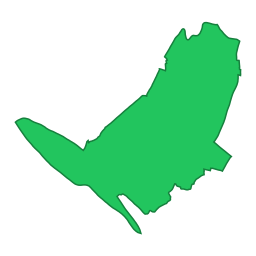 Tra On, Vĩnh Long, Vietnam
{"feature_id": "81297802B90328181900706", "entity_name": "Tra On", "entity_type": "district", "adm_level": 2, "iso_a3": "VNM", "parent_name": "Vietnam", "parent_adm1": "Vĩnh Long", "projection": "natural_earth1", "projection_center": [106.002, 9.988], "detail": "fine", "context": "isolated", "style": "filled", "palette": "green", "viewbox_px": 256, "rotation_deg": 0, "n_neighbors": 0, "source": "geoboundaries", "source_scale": "gbopen_adm2", "svg_char_len": 5786}
<svg xmlns="http://www.w3.org/2000/svg" viewBox="0 0 256 256"><path d="M15.4,122.2L19.3,128.3L21.2,131.1L25.4,137.1L26.9,139.1L31.7,144.5L32.9,146.1L35.0,148.3L39.6,152.6L40.4,153.6L42.5,156.2L46.6,160.7L48.8,162.8L50.7,164.9L54.5,168.0L60.3,172.3L67.0,177.9L69.4,179.6L72.6,182.2L74.6,183.7L76.0,184.4L77.9,185.0L79.2,185.2L80.7,185.2L83.7,184.9L85.2,184.9L87.0,185.2L89.0,186.0L90.9,187.8L92.3,189.4L96.8,194.0L97.1,194.5L98.4,195.8L100.7,197.8L102.5,199.2L105.6,202.0L106.6,202.7L109.2,205.0L112.8,207.8L116.6,210.1L117.4,210.7L118.9,211.6L120.7,213.0L122.2,214.2L123.3,215.3L124.6,216.5L126.0,218.2L126.6,218.8L127.7,220.3L129.0,222.5L130.3,224.4L132.8,227.9L133.9,229.3L136.0,231.2L137.9,232.5L140.9,233.4L139.8,229.7L138.1,226.3L135.8,222.7L135.0,221.7L133.1,219.0L130.4,215.6L125.2,208.9L123.1,205.7L120.7,202.0L118.3,198.5L117.0,196.4L118.2,195.4L118.7,194.8L119.0,194.6L119.4,194.6L120.0,194.6L120.6,194.7L121.2,194.8L121.5,194.7L122.2,194.1L122.3,194.1L122.5,194.0L123.4,194.2L124.7,195.0L126.4,196.0L127.2,196.8L127.6,197.3L129.0,198.6L132.5,201.7L133.3,202.6L134.6,204.0L136.0,205.1L137.1,206.1L138.3,207.0L140.3,209.0L142.9,212.1L144.7,213.9L145.6,214.1L146.5,213.9L147.3,213.9L147.7,213.7L148.2,213.3L148.8,212.4L149.4,211.1L149.6,210.7L149.8,210.6L150.6,210.6L151.5,211.3L152.5,211.8L153.1,211.9L154.2,211.9L154.7,211.9L155.1,211.4L156.6,209.6L159.0,207.2L160.5,206.3L165.1,203.9L166.2,203.6L166.7,203.2L167.7,201.8L168.1,201.4L168.8,201.0L169.7,200.6L170.1,200.2L170.4,199.8L170.5,199.0L170.3,198.3L170.6,197.2L170.6,196.9L170.5,196.4L169.9,195.8L169.3,194.5L168.9,193.8L168.6,193.2L168.6,192.7L168.9,192.2L170.1,191.4L171.5,190.2L172.3,189.2L172.9,188.1L174.2,185.0L174.6,184.3L174.7,183.9L175.4,183.9L175.6,183.9L175.8,184.1L176.3,185.2L176.7,185.7L177.2,186.1L177.7,186.3L178.6,186.5L179.0,186.6L179.3,186.8L180.2,187.0L180.5,187.1L180.6,187.4L180.7,188.0L180.8,188.6L181.1,188.9L181.3,189.0L183.3,189.0L184.0,189.1L186.1,189.7L186.9,189.8L188.0,189.8L188.7,189.4L189.1,189.3L189.6,189.3L190.2,189.2L190.5,189.0L190.7,188.8L190.9,188.2L191.2,186.7L191.6,185.4L191.8,184.7L192.1,184.4L192.4,184.2L192.8,184.1L193.7,184.1L193.9,183.9L194.0,183.8L194.1,182.4L194.3,182.1L195.3,180.6L195.9,179.6L196.5,179.1L198.0,178.2L199.8,176.9L201.4,175.7L202.3,175.3L203.6,174.8L204.1,174.7L203.9,171.6L204.2,171.2L203.9,169.2L210.3,170.6L210.7,168.8L210.7,168.3L212.6,168.3L212.9,168.4L218.5,170.0L220.2,170.3L221.0,170.5L222.0,170.9L222.4,171.1L225.0,166.4L225.9,164.7L226.3,163.9L229.2,159.2L231.1,156.3L232.0,157.0L229.0,154.6L225.1,151.4L219.6,147.0L216.0,143.8L213.8,142.0L214.5,141.2L215.9,139.1L217.6,136.4L218.2,135.2L218.8,133.8L219.2,132.7L222.3,125.6L223.8,122.1L224.4,120.3L225.0,118.6L226.9,111.6L227.5,109.7L229.2,105.4L229.5,104.5L230.4,101.1L231.0,99.1L231.4,97.7L232.5,94.3L233.5,91.9L234.0,90.9L235.3,88.4L235.8,87.4L236.9,84.9L237.6,82.5L237.9,81.1L237.9,80.4L238.1,78.5L238.1,76.8L238.1,74.8L239.7,75.2L240.5,75.5L240.6,74.3L240.5,72.2L240.6,69.8L240.6,69.6L240.3,69.5L239.6,69.4L239.4,67.6L239.6,67.5L239.6,67.3L239.6,66.5L239.4,64.3L239.1,60.5L239.0,60.4L237.4,60.4L237.1,60.4L236.8,60.2L236.7,60.0L236.6,59.8L236.6,57.2L236.4,54.9L236.5,52.8L236.6,52.5L236.9,51.3L237.7,47.9L238.3,45.6L239.1,43.2L239.7,41.2L237.3,39.6L236.5,39.3L235.1,39.1L232.9,38.8L231.0,38.5L229.3,38.2L228.9,38.1L228.0,37.6L226.1,36.0L224.5,34.4L223.8,33.7L221.9,31.3L220.4,29.8L219.6,28.7L218.2,26.0L217.7,25.2L217.1,24.5L216.5,24.7L215.7,24.7L214.4,24.5L212.4,24.1L209.4,23.2L206.7,22.6L205.3,22.6L204.7,22.7L204.1,23.0L203.6,23.3L203.1,24.0L202.9,24.2L202.6,24.9L202.3,27.1L202.1,28.2L201.3,30.5L200.3,32.6L199.8,33.6L199.1,34.3L198.5,34.9L197.7,35.5L196.7,35.7L196.1,35.7L195.1,35.7L193.5,35.4L193.0,35.5L192.6,35.6L191.7,36.2L190.7,37.3L189.9,38.4L189.3,39.1L188.8,39.5L188.2,39.8L187.7,39.8L187.2,39.6L186.9,39.3L186.4,38.7L185.9,37.3L185.3,34.7L185.0,31.1L184.5,29.7L184.2,29.3L183.8,29.0L183.5,28.9L183.0,28.9L182.7,29.0L181.9,29.6L181.6,30.0L181.0,31.1L179.9,32.6L179.5,33.4L178.6,34.7L176.1,37.2L175.6,37.8L175.0,38.6L174.3,40.0L173.3,41.8L171.9,44.2L170.4,46.7L169.6,48.3L167.6,51.7L165.4,55.3L164.6,56.8L164.9,57.1L166.2,58.2L166.8,58.9L167.0,59.5L167.2,60.1L166.8,60.1L166.5,60.2L166.3,60.3L166.1,60.8L166.1,61.2L166.5,63.1L166.6,63.4L166.3,63.5L165.7,63.7L165.5,63.8L165.4,64.0L165.4,64.5L165.5,65.6L165.7,68.5L165.4,70.7L162.8,69.8L162.0,69.5L159.6,68.8L159.4,68.8L159.5,69.3L159.5,69.7L159.4,70.0L158.9,71.0L158.6,71.7L157.4,74.1L156.4,76.5L155.9,77.4L153.6,82.2L152.3,84.7L152.0,85.7L151.3,86.9L150.8,87.9L149.3,90.0L148.9,90.9L148.5,91.5L147.6,93.1L147.0,94.3L146.8,95.3L146.7,96.1L146.1,95.9L145.8,95.7L145.3,95.7L142.8,95.6L142.4,95.7L141.4,96.5L139.4,98.5L137.4,100.2L136.3,101.0L135.4,101.8L134.8,102.3L132.8,104.1L129.4,106.8L128.4,107.8L125.1,110.5L120.1,115.0L116.9,117.7L114.1,120.3L110.7,123.3L109.1,124.5L106.5,126.6L105.9,127.0L105.7,127.0L105.4,127.2L105.1,127.5L104.9,128.3L104.7,128.7L103.4,130.1L102.6,130.9L101.5,132.4L100.9,133.2L100.6,133.9L100.0,135.4L99.8,135.9L99.3,136.3L98.7,136.7L98.0,137.2L97.6,137.9L97.1,138.4L96.5,139.0L95.5,139.4L94.2,140.2L93.0,140.6L92.2,141.0L90.0,141.5L89.8,141.6L88.8,142.8L88.7,142.8L88.6,142.6L88.5,142.0L88.1,140.5L87.2,141.4L86.9,141.7L86.8,142.2L85.8,145.7L85.1,147.4L84.9,148.0L84.2,149.0L83.3,150.4L82.2,149.6L81.2,148.9L79.5,147.5L77.2,145.6L76.0,144.7L73.7,143.1L72.9,142.7L72.2,142.2L70.6,141.3L69.4,140.5L66.9,139.1L64.5,137.5L63.2,136.6L58.1,134.0L57.1,133.6L54.2,132.1L52.8,131.4L50.8,130.7L48.7,129.7L46.2,128.2L45.2,127.3L43.8,126.4L41.1,124.8L39.2,124.0L37.2,123.3L36.1,122.9L34.2,122.2L33.1,121.7L30.9,120.5L29.6,119.6L28.5,119.1L26.6,118.6L25.2,118.3L24.2,118.2L23.2,118.2L22.4,118.4L21.4,118.7L19.2,119.7L17.9,120.3L16.8,121.0L15.4,122.2Z" fill="#22c55e" stroke="#15803d" stroke-width="1.5"/></svg>